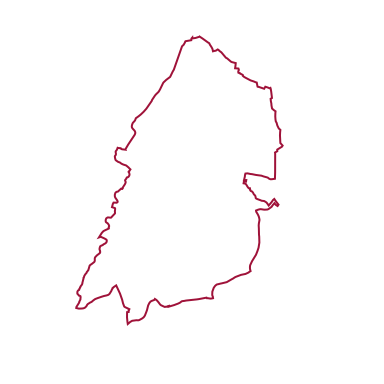 the district of Mihesu De Campie, Mures, Romania, rotated 110°
{"feature_id": "2599482B65808745586436", "entity_name": "Mihesu De Campie", "entity_type": "district", "adm_level": 2, "iso_a3": "ROU", "parent_name": "Romania", "parent_adm1": "Mures", "projection": "robinson", "projection_center": [24.178, 46.679], "detail": "fine", "context": "isolated", "style": "outline", "palette": "rose", "viewbox_px": 384, "rotation_deg": 110, "n_neighbors": 0, "source": "geoboundaries", "source_scale": "gbopen_adm2", "svg_char_len": 6078}
<svg xmlns="http://www.w3.org/2000/svg" viewBox="0 0 384 384"><g transform="rotate(110 192 192)"><path d="M340.6,261.1L340.3,258.5L339.2,255.7L338.4,254.2L337.8,253.5L337.1,252.9L336.0,252.4L335.2,252.1L333.7,251.9L333.0,251.6L330.6,249.8L329.7,248.8L328.0,247.9L326.0,246.6L325.3,245.9L324.0,244.4L321.4,241.2L319.8,239.1L318.4,236.9L317.2,235.4L316.0,234.7L312.8,234.0L310.8,233.9L309.8,233.6L309.5,233.8L308.2,233.1L305.7,231.3L312.1,224.9L317.1,220.8L320.1,218.8L322.8,216.5L323.1,215.5L323.5,210.8L324.9,210.8L325.0,211.0L326.4,210.5L327.1,211.9L332.0,210.2L336.0,208.3L338.0,207.2L335.2,205.6L333.5,204.2L331.5,200.4L331.0,198.7L330.4,197.8L327.9,195.6L326.3,194.6L325.4,194.3L324.2,194.0L320.1,193.9L318.3,193.9L313.7,194.4L312.6,194.3L310.9,194.1L310.0,193.8L309.2,193.5L308.3,192.8L306.2,190.4L305.2,190.3L305.6,188.6L306.0,187.7L307.0,185.9L308.6,183.5L309.0,182.4L309.3,178.9L309.3,178.2L308.7,177.3L308.1,175.5L307.6,175.7L306.9,174.7L307.6,174.5L304.2,169.9L303.3,168.9L301.8,167.1L300.8,166.1L299.8,165.2L298.7,164.6L298.1,164.1L297.8,163.6L296.8,161.7L296.0,160.4L291.3,150.8L290.4,149.1L286.3,142.2L286.7,141.7L286.3,140.5L285.9,138.3L285.3,137.0L284.6,135.9L283.1,136.7L282.4,137.4L281.8,137.8L278.7,138.8L274.5,138.8L272.1,138.1L270.8,137.3L270.3,136.9L270.0,136.4L269.7,135.9L268.2,133.7L267.8,133.0L264.8,128.5L260.6,125.0L259.4,123.9L258.0,122.9L257.0,122.1L253.1,117.6L250.7,113.7L248.3,111.3L247.4,110.8L246.3,109.9L244.6,111.1L243.5,111.6L242.0,112.1L240.9,112.3L236.4,111.9L229.1,110.4L225.5,110.3L221.6,110.4L216.5,111.4L210.9,113.6L209.3,114.4L203.4,116.7L200.6,117.9L198.7,118.4L195.2,119.0L193.9,119.7L192.4,120.7L191.4,121.6L190.2,122.9L188.6,124.9L187.5,125.5L185.9,123.7L184.9,122.2L184.6,121.5L183.9,118.0L183.4,116.8L182.7,115.2L181.9,114.3L178.8,112.2L176.6,111.6L174.3,110.7L175.4,109.0L175.9,106.8L174.3,106.4L171.8,110.4L170.4,112.3L171.8,113.1L174.2,113.7L178.5,115.3L177.0,117.4L176.4,118.4L176.1,119.5L175.8,121.1L176.4,123.6L176.3,124.9L176.3,128.3L176.2,129.4L175.9,130.0L174.2,131.0L173.5,131.9L173.1,133.0L171.7,134.5L171.0,135.7L170.9,137.2L170.5,137.8L170.1,137.9L169.9,138.4L168.7,138.8L169.0,140.1L168.3,141.3L166.6,143.4L165.9,144.5L166.2,146.5L164.0,146.9L163.7,144.8L162.2,145.1L163.0,147.2L159.4,147.6L158.0,148.0L156.4,148.1L155.5,146.2L155.1,143.3L154.7,141.7L154.1,137.7L152.9,132.3L152.9,130.1L152.6,126.5L152.6,125.6L153.1,124.2L153.2,123.3L153.1,122.4L152.7,121.4L151.2,118.6L145.4,120.5L127.4,127.0L126.5,127.5L124.5,125.8L123.0,126.4L118.7,123.0L117.4,122.7L115.8,125.7L108.7,128.7L105.8,129.6L103.4,130.2L102.6,132.2L100.4,134.5L98.0,136.2L97.0,137.4L95.2,138.4L92.5,139.6L89.5,140.6L87.6,141.1L87.1,143.0L86.2,145.3L83.5,146.9L81.7,147.7L79.6,149.0L77.5,150.0L76.3,149.0L70.8,151.8L68.3,153.2L67.4,153.9L68.0,154.4L67.9,156.5L68.0,159.1L70.3,159.5L70.4,164.9L70.6,166.4L70.5,166.5L69.5,167.1L67.0,168.6L67.1,169.6L67.0,171.8L67.1,175.1L66.3,180.9L66.0,182.5L65.5,183.9L64.8,184.1L64.6,184.8L64.4,185.6L64.3,187.2L64.1,187.3L64.1,187.6L63.9,187.9L64.1,189.1L63.4,189.6L62.5,189.8L61.5,189.7L61.1,189.8L60.1,190.6L61.0,193.8L58.2,194.4L55.9,195.0L56.3,199.0L56.2,200.0L54.4,204.7L54.3,205.8L54.1,206.3L50.7,212.2L50.1,214.3L49.4,215.7L49.3,216.4L49.3,216.7L49.8,217.0L51.1,218.0L51.7,219.1L52.6,220.4L50.7,221.6L50.0,222.3L48.8,223.7L47.5,225.5L46.3,226.7L46.0,228.2L44.2,234.5L43.4,237.8L43.5,237.8L43.6,238.2L46.0,241.3L47.0,243.1L47.5,244.1L46.7,244.5L48.0,245.0L49.6,244.6L52.5,249.6L52.8,249.8L54.1,249.8L56.5,250.2L58.5,251.2L83.3,250.9L85.3,251.3L91.3,251.9L95.5,254.6L98.7,256.2L99.4,256.4L106.3,257.1L108.1,257.4L109.4,257.7L112.7,259.3L114.1,259.8L119.1,261.0L120.3,261.0L129.4,263.4L133.2,264.9L136.8,266.7L139.1,268.1L141.9,270.0L144.0,270.0L144.8,270.2L147.2,271.2L147.7,271.3L149.4,271.3L150.7,271.1L151.6,270.7L152.0,270.4L152.7,269.5L154.0,267.0L154.4,266.5L155.2,265.8L155.9,265.5L156.5,265.4L157.7,265.4L169.3,268.2L174.8,269.2L175.0,269.0L175.7,272.0L175.8,273.0L175.5,273.6L175.5,274.0L175.3,274.1L175.9,276.5L175.9,277.0L177.4,277.0L178.3,277.1L179.9,277.6L181.0,277.2L181.8,276.7L182.6,276.4L183.1,276.3L184.5,276.7L184.9,276.7L186.3,276.0L187.9,274.9L188.2,274.5L188.5,273.5L189.0,271.5L188.9,270.0L189.5,268.1L189.6,267.2L189.7,266.0L189.6,263.4L189.6,262.9L190.7,259.9L191.1,259.2L191.8,257.6L194.1,258.1L194.1,258.3L194.8,258.5L195.6,257.5L196.7,256.8L197.3,256.6L198.3,256.6L199.5,256.9L200.1,257.4L200.3,257.9L200.5,258.1L200.9,258.3L201.9,258.3L203.0,258.7L203.8,258.9L204.3,258.7L204.7,258.2L205.4,257.7L206.5,257.6L207.7,257.7L210.6,258.4L212.2,258.6L212.3,258.4L213.0,258.6L213.1,258.8L212.9,259.5L213.0,259.7L217.0,261.8L217.6,262.9L218.5,263.5L219.2,263.7L220.9,263.6L222.3,263.1L223.3,262.4L223.8,261.8L225.4,259.5L226.1,258.8L226.4,258.6L226.8,258.5L227.1,258.6L227.5,258.8L227.9,259.3L228.8,262.1L230.3,262.3L233.6,262.0L233.5,258.9L233.7,258.7L234.0,258.5L234.3,258.4L236.4,257.9L238.2,257.1L238.6,257.1L241.8,258.5L243.6,259.2L243.9,259.5L244.6,262.2L244.9,262.7L246.0,263.5L246.8,263.6L247.9,263.5L248.8,263.2L249.6,262.7L250.0,261.8L250.2,260.7L251.1,259.2L252.3,258.2L253.9,258.2L254.3,257.7L254.8,257.7L257.4,260.3L258.9,261.7L259.4,262.0L261.4,262.8L266.5,263.9L265.3,262.4L265.6,258.5L265.9,256.7L266.1,256.1L266.5,255.6L267.3,255.3L268.4,255.2L269.3,255.5L270.1,256.0L271.5,257.3L272.5,257.8L273.4,258.9L274.5,259.7L276.5,259.6L277.7,259.2L278.5,258.4L278.8,258.4L279.0,258.2L279.8,257.7L280.5,257.8L280.9,257.7L281.6,258.1L284.1,259.7L286.5,260.7L287.5,260.7L290.0,259.8L291.2,259.9L294.1,261.7L295.0,262.4L295.7,262.8L296.3,263.0L300.9,262.7L301.5,263.0L302.4,263.1L302.9,263.4L303.4,263.5L304.3,263.5L305.7,264.1L307.6,264.5L309.4,264.4L309.9,264.6L310.2,264.4L315.1,263.9L315.6,263.7L316.8,263.8L318.7,264.4L319.6,264.4L319.9,264.6L321.3,264.5L321.8,264.8L322.1,264.7L322.6,264.6L323.4,265.3L324.1,265.5L324.8,265.6L326.2,265.2L326.8,264.9L327.0,264.6L327.2,264.0L327.4,263.8L327.4,263.6L328.0,262.9L328.0,261.3L328.4,261.0L328.9,260.7L329.5,260.6L331.2,260.1L333.9,260.4L334.4,260.2L339.6,261.3L340.6,261.1Z" fill="none" stroke="#9f1239" stroke-width="2"/></g></svg>